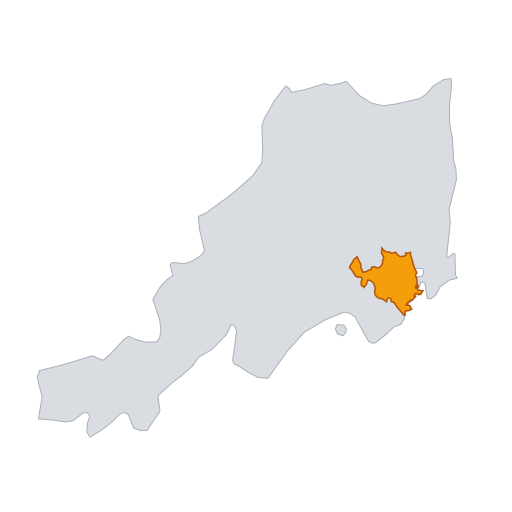 Idjevan, Tavush, Armenia shown in context, rotated 97°
{"feature_id": "60910142B98300575929889", "entity_name": "Idjevan", "entity_type": "district", "adm_level": 2, "iso_a3": "ARM", "parent_name": "Armenia", "parent_adm1": "Tavush", "projection": "equal_earth", "projection_center": [45.144, 40.867], "detail": "fine", "context": "in_parent", "style": "filled", "palette": "amber", "viewbox_px": 512, "rotation_deg": 97, "n_neighbors": 0, "source": "geoboundaries", "source_scale": "gbopen_adm2", "svg_char_len": 6159}
<svg xmlns="http://www.w3.org/2000/svg" viewBox="0 0 512 512"><g transform="rotate(97 256 256)"><path d="M223.7,318.0L219.3,310.8L197.2,287.2L176.8,269.1L162.8,261.6L148.6,262.4L126.6,266.0L118.6,264.5L99.5,256.6L83.6,247.2L85.8,243.3L89.2,240.5L85.2,228.4L76.5,208.8L77.5,202.7L74.8,194.2L71.7,187.8L84.3,172.5L90.1,160.3L91.4,148.3L88.2,135.9L80.2,113.6L75.1,107.0L65.8,101.0L58.0,91.0L56.1,84.0L62.7,82.6L82.1,82.4L100.8,80.0L115.5,75.4L136.8,71.5L145.5,68.1L155.8,66.4L186.8,70.1L198.4,67.3L233.4,66.7L234.3,65.3L229.5,60.6L229.6,58.8L250.4,55.8L253.6,53.6L256.3,61.1L264.1,69.4L272.6,72.7L277.2,77.3L277.4,80.8L262.3,85.1L261.3,87.2L262.3,89.2L266.8,90.3L288.0,100.7L300.1,101.0L306.4,104.1L309.6,110.4L319.7,118.9L327.8,127.2L328.3,130.0L326.7,134.2L304.2,150.4L301.4,156.0L301.0,161.9L311.0,179.5L325.6,198.7L346.8,213.4L375.9,229.3L376.3,239.1L371.8,250.8L367.8,258.8L366.0,264.2L362.5,266.5L333.5,266.0L329.1,267.9L327.2,270.2L327.1,272.1L337.5,275.7L353.9,288.2L363.3,300.4L373.1,305.8L384.1,315.5L392.9,324.6L406.7,336.3L421.9,332.4L442.4,342.9L443.2,350.0L442.0,356.3L429.2,363.3L427.6,366.1L427.7,368.5L429.4,371.9L436.9,377.6L445.8,386.0L455.9,398.6L451.5,402.4L442.2,402.9L434.9,401.4L432.4,403.9L432.5,408.1L442.0,417.6L443.9,424.6L443.6,436.8L444.2,452.1L422.0,451.1L403.2,458.4L396.0,456.9L391.2,443.9L387.1,433.4L375.0,406.3L378.2,395.2L371.5,388.8L355.3,377.3L351.1,372.6L353.4,366.1L354.9,354.2L353.4,344.5L349.0,341.6L341.0,341.4L331.2,343.8L311.5,353.1L297.9,347.1L290.0,341.2L285.4,336.1L275.2,340.3L272.7,338.3L272.2,325.9L269.1,319.2L263.0,311.4L257.3,307.7L236.3,315.4L223.7,318.0ZM256.4,97.3L257.0,92.8L256.0,88.8L252.7,87.6L248.5,88.6L248.2,93.0L249.5,97.3L253.6,99.1L256.4,97.3ZM323.4,165.6L318.6,168.3L314.1,167.1L314.0,160.2L317.3,157.4L321.1,157.6L324.6,160.0L323.4,165.6Z" fill="#d9dde1" stroke="#a8b0b8" stroke-width="1"/><path d="M232.9,132.0L235.5,131.8L237.9,131.8L238.8,131.0L241.4,129.3L241.9,129.0L243.2,129.3L244.0,129.3L246.0,130.0L247.5,129.4L249.6,130.3L251.6,131.2L252.8,132.8L252.8,135.2L252.2,137.9L253.1,139.9L255.5,140.2L256.3,142.3L258.4,145.4L259.0,148.0L256.9,149.0L254.7,150.6L252.0,150.9L250.4,151.6L248.1,153.3L246.0,154.4L244.4,155.7L246.0,156.9L247.0,158.1L248.0,158.6L248.5,158.9L250.2,159.3L251.4,160.0L253.1,160.9L255.9,161.8L257.4,160.2L259.2,158.4L261.2,156.8L263.4,155.0L264.3,153.8L264.5,150.9L264.3,150.0L264.6,148.6L264.9,148.2L266.9,148.1L268.1,148.3L269.0,148.4L272.1,148.0L272.9,147.0L272.9,146.9L273.4,145.2L273.9,144.9L270.7,143.1L267.4,142.3L266.3,142.1L266.3,139.8L266.9,138.6L268.1,136.4L272.8,133.8L278.0,133.8L280.6,132.5L282.7,129.9L283.5,124.5L285.6,120.8L283.3,120.8L281.7,120.0L281.4,118.2L282.0,116.9L283.8,116.4L284.8,116.2L285.4,113.3L288.0,111.0L289.4,109.8L290.3,108.9L290.7,108.5L292.1,107.0L294.2,104.7L296.9,101.8L296.8,101.7L296.8,101.2L296.7,101.0L296.4,100.9L296.1,100.9L295.7,101.0L295.3,101.1L295.0,101.2L294.7,101.2L294.5,101.3L294.0,101.6L293.7,101.6L293.4,101.4L293.0,101.1L292.7,100.7L292.3,100.2L292.0,100.0L291.9,99.6L291.9,99.4L291.9,99.0L291.9,98.8L291.8,98.5L291.7,98.3L291.5,98.0L291.4,97.5L291.2,97.1L290.9,96.6L290.6,96.3L290.3,95.7L290.0,95.2L289.8,95.0L289.7,94.9L289.6,95.0L289.5,95.4L289.4,95.6L289.2,95.7L288.9,95.8L288.6,95.9L288.5,96.0L288.3,96.3L288.2,96.2L287.7,96.3L287.3,96.6L287.1,96.8L287.1,97.0L286.8,97.3L286.7,97.4L286.6,97.5L286.5,97.8L286.4,98.0L286.4,98.5L286.4,98.9L286.4,99.2L286.3,99.3L286.2,99.4L286.1,99.6L286.2,99.8L286.3,99.9L286.5,100.1L286.5,100.4L286.4,100.6L286.4,100.9L286.4,101.0L286.1,101.0L286.0,100.8L285.8,100.6L285.7,100.6L285.3,100.5L285.3,100.3L285.3,100.0L285.3,99.7L285.2,99.4L284.8,99.4L284.6,99.4L284.5,99.5L284.3,99.6L284.1,99.6L283.9,99.8L283.7,99.7L283.5,99.4L283.2,99.4L282.9,99.3L282.9,99.2L282.9,98.8L282.8,98.6L282.7,98.5L282.6,98.3L282.7,98.1L282.7,97.9L282.6,97.7L282.4,97.4L282.2,97.2L282.1,97.4L281.9,97.5L281.6,97.5L281.4,97.6L281.0,97.5L280.9,97.3L280.8,96.9L281.0,96.5L281.0,96.2L280.9,96.0L280.8,95.7L280.7,95.5L280.6,95.3L280.5,95.1L280.3,95.1L280.0,95.0L279.9,95.0L279.6,94.7L279.2,94.5L279.0,94.3L278.8,94.3L278.5,94.3L278.3,94.2L278.2,94.0L278.2,93.9L278.1,93.6L278.0,93.4L277.8,93.4L277.5,93.4L277.2,93.4L276.9,93.2L276.9,92.8L276.7,92.7L276.7,92.9L276.5,93.2L276.5,93.4L276.5,93.6L276.7,93.8L276.7,94.0L276.4,94.1L276.2,94.0L276.2,93.9L275.8,93.6L275.6,93.5L275.4,93.5L275.1,93.5L274.9,93.6L274.6,93.7L274.4,93.7L274.3,93.2L274.4,92.9L274.3,92.5L274.2,92.1L274.1,91.8L273.9,91.4L273.7,91.0L273.4,90.8L273.6,90.7L273.8,90.6L274.0,90.5L274.2,90.4L274.3,90.3L274.5,90.2L274.4,90.1L274.2,90.0L274.1,89.9L274.1,89.6L274.2,89.3L274.2,89.2L274.3,89.0L274.3,88.6L274.3,88.4L274.2,88.2L273.8,87.9L273.7,87.9L273.6,87.7L273.3,87.5L273.2,87.5L273.0,87.4L272.6,87.2L272.2,87.0L271.9,86.9L271.6,86.8L271.1,86.6L270.7,86.4L270.4,86.2L270.2,86.1L270.3,86.4L270.3,86.7L270.3,87.0L270.3,87.4L270.3,87.6L270.4,87.8L270.4,88.1L270.3,88.4L270.1,89.0L269.9,89.6L269.9,89.8L270.0,90.0L270.1,90.4L270.1,90.6L270.2,90.9L270.2,91.1L270.1,91.3L269.9,91.3L269.7,91.6L269.2,91.9L268.8,91.8L268.7,91.8L268.4,92.0L268.1,92.2L267.9,92.6L267.8,92.8L268.0,93.0L268.1,93.4L268.2,93.5L267.9,93.6L267.7,93.7L267.6,93.8L267.3,94.0L267.0,94.1L266.7,94.1L266.4,94.1L266.4,93.8L266.5,93.7L266.8,93.6L267.0,93.5L267.0,93.4L267.0,93.2L266.9,93.1L266.7,93.0L266.7,92.9L266.5,92.7L266.3,92.6L266.4,92.4L266.5,92.4L266.6,92.1L266.8,91.9L267.0,91.7L267.4,91.6L267.6,91.6L267.2,91.4L266.9,91.3L266.6,91.2L266.3,91.2L266.0,91.3L265.8,91.5L265.4,91.9L265.3,92.2L265.3,92.5L265.2,92.8L264.7,92.8L264.2,92.7L263.5,92.7L263.0,92.7L262.5,92.8L262.0,93.0L261.6,93.1L261.4,93.2L261.1,93.2L259.9,93.4L257.7,94.0L257.1,94.9L256.4,95.1L255.5,95.2L254.0,95.2L253.7,94.6L252.8,94.5L251.7,95.1L249.9,96.4L247.9,97.5L244.0,99.4L242.0,99.9L240.8,100.5L239.3,101.2L237.2,102.2L236.6,102.5L233.7,103.1L234.2,104.7L234.5,106.2L235.0,108.1L236.3,107.2L236.6,107.3L237.1,107.4L238.3,109.3L238.5,111.1L239.1,112.7L238.2,114.5L237.2,116.2L235.4,117.6L235.3,118.2L235.9,119.5L236.7,121.0L236.8,121.9L235.8,123.8L235.8,125.0L236.1,126.3L236.1,127.4L235.8,127.9L235.5,128.6L233.7,131.2L232.9,132.0Z" fill="#f59e0b" stroke="#b45309" stroke-width="1.5"/></g></svg>